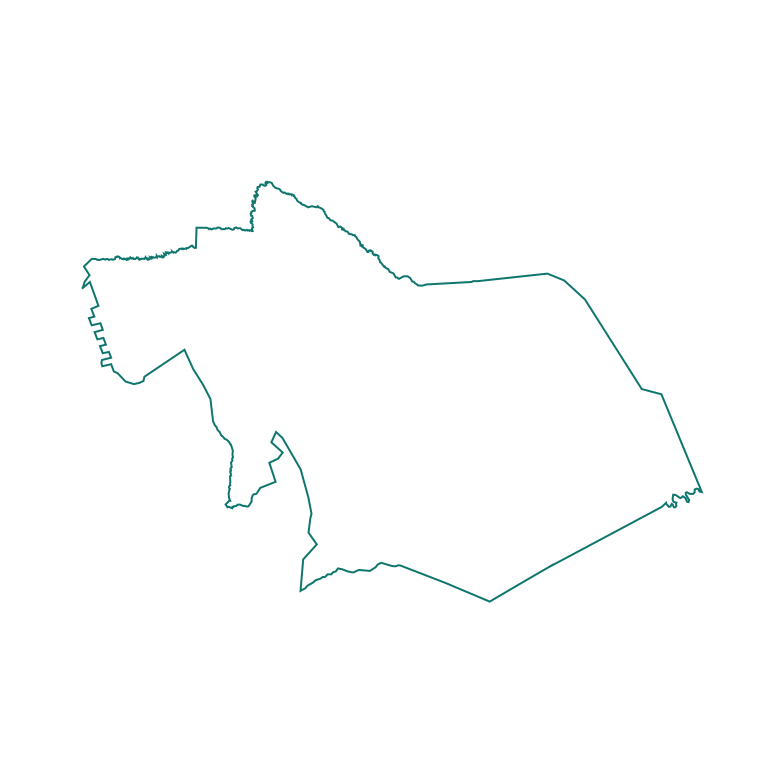 outline of Chibombo, Central, Zambia, rotated 150°
{"feature_id": "96606910B53104033004120", "entity_name": "Chibombo", "entity_type": "district", "adm_level": 2, "iso_a3": "ZMB", "parent_name": "Zambia", "parent_adm1": "Central", "projection": "equal_earth", "projection_center": [27.894, -14.857], "detail": "fine", "context": "isolated", "style": "outline", "palette": "teal", "viewbox_px": 768, "rotation_deg": 150, "n_neighbors": 0, "source": "geoboundaries", "source_scale": "gbopen_adm2", "svg_char_len": 6166}
<svg xmlns="http://www.w3.org/2000/svg" viewBox="0 0 768 768"><g transform="rotate(150 384 384)"><path d="M465.1,220.3L462.1,219.8L460.4,218.4L430.0,180.7L401.3,142.7L375.0,142.9L352.8,143.0L333.3,143.0L326.8,143.1L333.4,143.0L204.8,138.7L199.2,140.0L199.5,139.2L198.7,135.2L197.2,134.7L194.7,136.3L194.3,135.4L194.6,132.3L193.3,131.6L191.7,132.3L191.0,134.3L190.1,135.0L191.9,136.8L192.2,138.2L191.6,140.1L188.9,143.5L187.0,142.2L184.5,137.1L182.9,136.9L181.6,137.5L180.9,136.7L180.0,134.2L180.4,130.4L179.4,129.5L177.8,130.8L177.9,137.5L177.0,138.9L175.7,138.7L174.1,135.9L171.2,134.3L169.2,134.8L167.7,137.3L165.6,137.1L164.4,135.9L164.5,133.2L162.8,131.5L148.9,236.4L163.3,250.7L167.7,356.7L176.2,383.6L187.3,397.9L251.4,426.2L255.3,428.5L257.2,428.6L297.3,448.9L302.1,450.2L305.4,452.5L305.6,453.7L306.7,455.5L307.1,457.7L308.3,458.6L308.3,462.6L309.8,465.6L313.3,467.5L318.2,467.5L318.9,468.1L319.2,469.5L320.5,470.4L320.5,475.0L323.0,478.3L322.8,481.1L324.4,483.6L324.6,485.4L325.2,485.3L326.1,491.1L326.5,491.4L325.9,493.2L326.0,495.9L324.8,497.3L324.9,498.1L326.0,499.6L327.0,499.7L327.1,500.7L328.3,500.8L328.6,502.6L327.7,504.3L328.6,506.1L329.0,505.8L329.4,506.7L330.5,507.1L331.6,506.1L332.3,506.5L332.4,510.0L333.9,513.1L333.3,514.5L333.9,514.5L333.7,514.9L334.3,514.9L334.3,515.6L334.8,515.0L334.6,515.7L335.1,515.7L333.8,519.5L334.6,522.3L334.5,525.4L335.2,526.4L334.9,527.6L336.6,528.5L337.1,529.8L339.4,531.6L339.2,533.1L339.6,534.4L341.0,535.5L340.9,536.2L341.8,537.5L341.5,538.3L342.3,538.4L342.1,539.3L342.9,539.3L342.4,540.3L343.1,542.2L345.1,542.7L344.9,546.6L346.8,551.0L348.5,552.6L348.9,555.4L349.8,556.0L349.8,562.1L349.3,562.7L349.8,564.2L349.4,565.2L350.5,567.5L352.2,569.7L352.5,571.1L353.8,570.6L357.7,574.1L361.3,574.9L364.1,579.5L364.8,579.8L365.7,581.7L365.4,582.5L366.5,583.5L367.5,585.9L367.3,588.3L367.9,589.4L367.7,591.4L368.2,591.8L367.8,592.2L367.6,591.8L367.6,592.4L368.8,594.2L369.4,594.0L369.3,594.5L370.7,595.2L371.1,596.2L372.0,596.2L372.0,597.0L373.3,597.4L374.3,599.5L375.6,599.9L377.0,602.8L376.7,604.0L377.0,605.0L380.0,608.2L380.8,611.0L380.7,614.3L382.2,616.0L383.0,616.5L384.3,616.3L384.7,616.7L384.3,617.7L385.1,618.0L385.7,617.7L385.5,617.2L386.2,615.7L386.6,616.0L386.7,615.1L388.0,615.1L389.2,616.5L389.2,617.3L391.4,618.6L393.2,617.0L394.9,617.8L395.8,617.0L395.9,615.6L397.9,614.5L399.0,614.7L398.8,610.5L400.3,610.0L400.8,611.8L402.1,612.1L402.6,610.9L402.2,609.6L402.7,608.4L405.2,605.6L405.9,606.4L406.0,608.4L406.7,608.2L406.9,605.6L408.2,605.4L407.9,604.9L409.2,603.9L408.7,603.3L408.9,602.9L408.3,601.0L408.7,599.6L409.4,598.7L410.5,599.4L412.6,599.5L413.4,598.3L414.2,598.4L414.9,596.2L414.1,595.3L414.9,593.1L416.3,593.0L416.7,591.1L417.4,591.8L417.9,590.8L418.4,591.1L418.7,590.1L418.0,588.9L418.1,587.7L418.9,586.6L419.1,585.0L420.0,585.1L421.4,584.0L421.0,583.5L421.3,582.2L422.1,582.5L422.2,583.5L423.8,583.9L423.9,584.7L425.2,584.9L425.6,586.0L427.5,586.3L428.2,587.6L429.5,587.9L430.6,590.8L433.1,592.1L433.6,593.3L435.6,593.9L436.7,593.0L438.2,593.4L440.6,596.8L441.9,596.9L443.1,598.0L444.6,597.7L447.4,599.4L447.9,601.2L449.6,602.6L451.8,602.6L453.6,603.9L456.1,604.1L456.9,605.5L458.1,605.6L458.1,606.3L459.4,607.9L468.2,613.1L478.8,596.0L479.9,596.4L481.0,598.9L480.7,599.5L481.4,600.0L485.6,599.7L487.0,600.4L487.6,599.9L488.1,600.6L490.2,601.0L490.5,602.0L491.5,601.8L491.9,602.6L493.7,603.3L495.4,602.4L496.5,602.7L498.7,601.9L500.5,603.6L500.2,604.3L500.8,603.7L501.0,604.3L501.1,603.8L504.5,605.1L505.0,604.8L504.9,605.6L506.1,606.5L506.3,605.9L507.0,606.7L507.1,606.2L508.2,606.1L508.3,605.5L509.0,606.4L509.0,605.5L509.6,606.0L510.1,604.7L511.5,604.1L512.4,606.1L512.9,605.3L513.1,606.0L513.2,605.5L514.5,606.1L514.6,607.0L516.6,607.7L516.7,608.6L517.5,607.2L517.8,607.9L519.3,608.0L520.9,609.5L521.3,609.1L521.7,610.4L522.8,610.5L523.0,609.8L523.2,610.2L523.3,609.5L525.5,609.3L526.0,609.7L525.7,611.0L526.5,611.4L526.8,611.0L527.0,612.0L527.5,612.1L527.3,612.9L528.9,612.1L529.6,612.5L529.6,612.1L529.8,612.9L531.2,613.6L533.5,613.9L533.3,614.7L534.0,614.9L534.2,615.9L533.9,616.6L534.8,617.2L535.2,616.7L537.2,616.8L538.3,617.4L538.4,618.7L539.6,618.6L540.4,620.5L541.2,619.8L542.5,620.5L542.3,619.9L542.8,619.6L544.8,620.1L544.8,621.0L545.3,621.1L545.8,622.0L546.6,622.7L547.1,622.2L548.2,623.1L549.5,625.6L549.8,625.4L549.8,626.7L551.3,627.9L551.8,627.5L553.1,628.1L554.5,626.7L556.5,627.1L557.5,628.2L560.4,629.2L560.6,630.1L561.5,630.9L563.2,631.1L564.5,632.7L568.7,633.8L569.0,634.4L570.1,634.7L571.0,636.2L574.4,638.5L585.1,635.8L584.6,625.5L592.0,622.3L596.3,618.3L597.8,617.6L587.7,619.4L592.2,594.5L599.9,595.4L601.2,587.2L606.6,588.6L607.8,581.0L599.2,578.4L600.5,571.5L608.7,573.6L609.9,566.0L604.0,564.2L605.2,557.1L611.0,558.8L612.2,551.3L606.2,549.3L607.2,543.2L616.2,545.8L618.2,543.7L619.1,540.2L610.4,537.6L611.7,530.0L609.3,526.6L606.6,515.4L600.7,509.0L595.1,507.2L590.8,506.9L587.8,510.1L539.7,513.4L541.8,492.3L541.1,474.2L541.8,457.8L550.7,437.2L551.1,432.6L550.6,430.6L551.1,427.5L550.3,424.4L550.7,421.0L549.7,418.6L549.5,416.3L548.2,414.6L547.1,411.3L547.2,408.5L546.9,408.0L548.2,402.0L550.7,398.3L551.5,395.9L552.9,395.3L553.6,393.4L555.8,392.5L557.4,388.2L558.6,388.0L559.5,387.2L559.3,386.6L560.0,385.3L560.8,385.4L561.4,384.1L561.3,383.1L562.3,381.8L562.2,381.2L563.5,381.0L566.2,375.8L567.5,374.4L567.7,373.2L569.1,372.9L570.1,371.8L569.9,370.1L570.7,369.8L573.5,366.6L575.2,362.6L575.6,359.7L576.6,360.2L581.4,358.9L581.2,355.5L580.1,355.5L577.6,352.4L576.6,353.4L576.0,352.8L575.3,353.2L573.0,352.2L571.3,352.8L569.1,351.6L566.8,348.6L565.9,348.4L564.1,346.5L562.6,345.8L557.4,348.4L555.5,351.6L553.2,353.3L552.3,353.6L549.3,352.7L543.0,355.9L526.8,353.5L522.7,373.1L513.1,372.3L506.0,375.3L510.7,389.8L501.5,396.4L498.9,388.0L498.9,351.6L506.2,323.7L511.6,308.0L515.2,304.2L523.7,293.0L522.4,278.7L541.7,272.5L559.7,246.6L554.1,246.5L551.2,247.6L544.8,247.5L541.4,248.3L536.4,247.2L533.6,247.5L531.7,246.3L528.0,247.3L524.7,245.5L522.5,246.4L519.4,245.8L516.1,247.3L512.7,244.3L509.2,239.9L505.0,236.2L498.7,235.5L489.7,229.2L482.9,229.5L479.7,230.8L475.9,230.6L468.0,222.3L465.1,220.3Z" fill="none" stroke="#0f766e" stroke-width="2"/></g></svg>